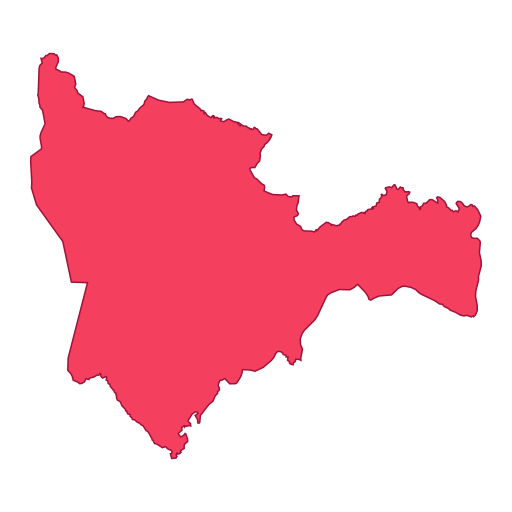 Tuy, Tuy, Burkina Faso
{"feature_id": "67063806B52798800731394", "entity_name": "Tuy", "entity_type": "district", "adm_level": 2, "iso_a3": "BFA", "parent_name": "Burkina Faso", "parent_adm1": "Tuy", "projection": "natural_earth1", "projection_center": [-3.482, 11.43], "detail": "fine", "context": "isolated", "style": "filled", "palette": "rose", "viewbox_px": 512, "rotation_deg": 0, "n_neighbors": 0, "source": "geoboundaries", "source_scale": "gbopen_adm2", "svg_char_len": 6027}
<svg xmlns="http://www.w3.org/2000/svg" viewBox="0 0 512 512"><path d="M192.3,99.4L191.2,99.1L189.8,100.1L187.4,99.2L183.3,101.9L169.3,102.4L158.7,100.2L148.6,95.7L147.6,96.8L146.9,98.8L145.0,100.8L143.9,104.5L139.6,108.3L138.0,110.7L135.5,112.4L133.6,116.5L131.1,118.1L129.1,121.0L128.3,121.1L125.9,118.5L120.2,116.5L116.1,116.7L113.0,118.4L109.8,118.2L107.4,117.3L106.0,115.7L105.4,113.8L103.7,113.3L101.2,111.3L95.5,110.7L82.9,107.2L83.6,106.3L84.2,103.6L82.9,96.8L77.8,93.0L77.2,90.8L74.5,87.3L75.8,84.0L74.2,76.3L69.2,73.3L65.7,72.1L61.2,72.0L59.5,70.7L56.0,69.3L55.8,67.4L58.3,61.8L58.4,58.8L58.0,57.3L56.7,54.9L55.3,55.0L54.0,53.7L49.5,53.5L47.3,55.4L45.8,55.6L44.3,57.6L42.7,58.6L41.0,58.3L42.2,63.1L40.0,65.2L39.1,68.1L38.2,94.0L37.7,94.8L38.7,98.1L39.1,103.2L40.0,105.5L39.8,106.8L42.6,110.5L45.1,123.8L41.1,132.4L40.1,135.8L40.1,138.5L41.5,146.3L41.5,148.8L30.9,156.6L30.7,162.1L31.8,182.1L31.5,188.1L36.5,204.8L62.8,241.5L71.4,282.1L87.5,282.7L68.1,358.2L67.8,370.3L71.1,374.0L72.4,376.8L73.2,380.2L77.9,382.2L79.7,383.7L81.8,383.4L84.5,381.9L85.8,378.8L88.9,379.5L89.9,378.0L93.7,377.1L97.1,375.1L98.9,375.2L99.9,373.5L100.7,373.7L100.9,376.3L102.6,378.1L106.1,376.5L106.8,377.4L106.1,380.0L107.7,380.9L108.2,383.6L109.9,384.3L110.3,386.4L114.0,391.0L114.5,392.4L115.8,393.1L116.0,394.8L116.5,395.1L116.5,397.9L117.5,400.2L119.8,401.4L120.7,402.6L121.8,405.6L125.6,409.6L125.6,410.7L127.0,411.8L127.5,413.7L130.0,414.6L130.1,416.2L131.8,417.8L132.4,419.5L134.6,419.8L137.5,422.4L139.4,423.1L141.3,424.9L143.1,425.8L146.1,430.7L147.5,431.2L149.2,433.6L151.9,438.6L152.2,440.0L152.9,440.2L154.5,443.5L156.9,444.1L162.4,447.7L165.4,446.6L167.9,449.0L171.6,450.6L172.0,451.7L171.7,453.4L170.4,453.8L171.7,458.5L176.0,458.0L177.0,456.4L176.4,455.7L176.6,453.4L177.0,453.0L177.9,454.1L179.9,453.5L180.9,452.4L180.4,452.4L180.7,450.6L184.2,448.4L184.1,445.8L184.6,444.1L185.7,443.4L185.9,442.5L187.6,441.8L187.6,439.0L185.6,433.6L185.1,433.4L183.7,435.3L181.2,436.8L180.6,436.8L178.5,434.1L178.4,433.3L182.0,430.2L181.6,427.7L183.7,426.0L184.5,427.0L184.8,425.8L186.3,426.4L189.0,425.5L190.7,426.0L190.5,423.5L188.7,422.0L188.1,420.5L192.2,414.0L195.5,411.8L197.4,412.1L198.1,413.3L195.1,415.4L197.4,419.1L197.9,423.0L199.0,423.2L199.8,422.2L200.4,415.5L208.8,404.6L212.9,401.3L215.3,395.7L217.6,393.4L217.6,391.7L219.4,390.0L219.3,387.8L218.3,386.2L218.3,384.1L220.1,380.3L222.0,380.1L224.8,378.6L229.7,383.8L235.4,383.7L236.9,382.9L240.6,376.9L241.9,373.5L242.5,369.6L249.9,370.0L255.0,371.2L263.2,367.4L271.3,360.5L273.7,357.6L276.3,352.5L278.1,351.4L280.9,351.7L282.6,353.0L283.2,354.5L285.9,355.3L286.1,357.0L287.9,356.8L287.6,360.4L289.0,361.1L289.7,363.4L291.2,364.3L293.2,364.7L293.5,362.7L295.2,361.7L295.7,359.2L299.1,359.4L300.9,360.4L300.8,357.8L302.5,349.2L300.5,344.5L300.3,338.8L302.2,333.4L304.4,330.3L314.9,319.8L317.7,315.4L326.5,296.5L328.0,294.7L330.7,292.9L339.4,289.5L349.9,289.8L354.1,287.4L357.7,284.4L365.5,292.5L368.1,296.5L369.0,299.4L370.9,300.1L373.9,298.2L379.2,296.0L391.6,294.9L398.0,288.5L402.4,286.3L405.1,286.2L411.1,287.4L415.9,289.7L418.6,292.5L421.6,294.4L434.4,300.5L439.6,304.0L442.4,304.3L444.2,306.5L448.7,308.6L450.2,310.2L455.1,312.1L460.7,315.2L463.9,315.9L466.8,315.4L471.3,316.9L472.3,316.1L473.3,316.1L473.6,316.7L475.5,314.9L477.3,310.5L477.2,305.2L475.5,296.5L475.8,291.1L478.6,279.9L478.5,276.3L481.3,265.7L481.1,260.6L479.4,252.7L480.3,242.4L479.9,240.9L477.3,238.2L474.8,238.4L471.8,237.8L470.7,235.5L471.3,232.5L476.1,228.5L478.3,225.1L479.6,221.9L480.8,216.2L477.8,209.9L474.8,206.3L474.1,205.9L472.7,206.4L472.1,204.8L470.8,204.5L468.6,206.4L466.4,206.9L464.1,205.7L462.6,203.4L460.5,201.6L457.8,201.3L456.4,202.7L456.2,203.7L458.9,207.8L459.3,209.8L458.5,210.2L457.9,212.0L455.9,210.7L453.4,211.8L452.1,210.3L451.1,210.3L448.4,207.7L446.6,206.9L446.5,205.0L444.5,201.4L439.9,197.4L437.4,196.9L436.7,197.8L437.7,200.1L437.7,203.1L432.1,199.6L429.6,199.7L426.2,203.2L423.7,203.2L422.2,206.0L420.1,207.1L420.5,209.0L419.8,209.5L419.3,207.9L417.3,205.9L416.8,203.7L413.0,202.3L409.7,202.2L408.8,202.8L407.7,201.7L406.6,196.3L406.9,195.5L409.0,194.1L409.8,192.2L408.8,191.7L404.9,191.9L403.4,189.7L403.0,187.7L401.2,187.7L400.3,187.0L398.3,189.4L397.1,189.3L395.0,184.9L394.2,184.7L391.6,187.5L389.1,186.9L385.5,187.8L385.3,188.6L387.1,191.5L386.2,194.7L383.3,195.6L381.9,194.3L381.3,194.6L381.7,196.0L380.9,197.8L379.4,199.2L379.2,202.2L376.7,203.1L376.2,206.0L372.6,206.9L372.0,207.5L373.3,208.3L372.4,209.2L371.3,208.9L367.8,209.6L367.0,211.1L366.4,211.0L365.1,212.3L365.1,213.5L363.9,213.2L363.9,212.6L361.3,212.5L358.1,214.0L357.1,215.2L355.8,215.1L355.3,216.3L353.0,215.9L352.3,216.5L349.7,216.7L346.7,219.3L343.9,220.2L341.9,221.9L340.5,224.2L339.6,224.3L339.1,225.5L337.7,225.3L336.5,225.8L332.2,224.5L331.3,225.3L330.9,224.2L328.5,222.7L326.3,222.3L320.3,226.7L317.8,229.7L316.2,229.8L316.5,230.7L315.6,230.7L314.3,231.9L311.2,231.1L304.7,231.0L302.9,230.4L301.7,229.2L300.6,226.4L296.6,224.1L294.4,220.5L293.8,217.5L294.4,216.8L297.4,215.6L298.4,213.8L296.4,209.8L297.0,205.3L298.0,203.1L299.0,195.8L293.0,195.7L291.6,197.0L287.9,196.4L286.0,194.1L281.7,195.0L272.5,194.5L264.1,191.0L264.7,187.2L264.3,185.3L261.7,183.8L256.7,178.9L254.5,178.0L249.8,169.4L249.8,168.4L251.6,167.6L254.8,167.6L257.2,163.4L259.6,161.1L260.4,155.7L260.0,153.1L261.7,148.9L264.0,146.5L264.6,144.6L267.4,142.4L270.2,138.8L269.8,138.3L271.2,136.9L271.8,134.8L268.7,133.2L266.3,135.3L261.8,134.6L257.1,128.8L256.1,128.7L254.6,127.4L253.9,127.7L253.2,129.4L251.8,129.4L251.3,128.7L249.9,129.0L249.9,128.4L247.3,127.3L246.6,126.3L243.1,125.9L240.8,124.2L240.5,125.6L239.9,125.7L238.1,123.9L239.4,123.4L238.9,122.8L233.3,121.4L228.8,119.0L225.5,120.5L224.7,121.4L222.5,121.5L220.4,120.7L221.7,118.8L220.9,118.4L218.8,118.6L217.1,117.4L213.8,117.8L213.6,117.1L214.2,116.3L213.3,115.6L212.4,115.9L211.2,117.5L210.0,117.1L207.4,115.6L205.3,112.6L204.2,113.5L203.9,110.9L201.5,110.2L201.0,110.7L200.1,108.9L194.2,104.0L192.3,99.4Z" fill="#f43f5e" stroke="#9f1239" stroke-width="1.5"/></svg>